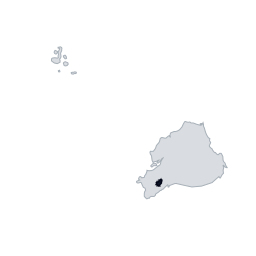 Yacuambi, Zamora Chinchipe, Ecuador (highlighted), rotated 35°
{"feature_id": "8360857B31068945551304", "entity_name": "Yacuambi", "entity_type": "district", "adm_level": 2, "iso_a3": "ECU", "parent_name": "Ecuador", "parent_adm1": "Zamora Chinchipe", "projection": "natural_earth1", "projection_center": [-78.966, -3.587], "detail": "fine", "context": "in_parent", "style": "filled", "palette": "ink", "viewbox_px": 256, "rotation_deg": 35, "n_neighbors": 0, "source": "geoboundaries", "source_scale": "gbopen_adm2", "svg_char_len": 5107}
<svg xmlns="http://www.w3.org/2000/svg" viewBox="0 0 256 256"><g transform="rotate(35 128 128)"><path d="M231.9,103.6L231.2,104.1L229.4,104.3L228.1,103.8L227.5,103.8L227.4,104.3L229.2,105.6L230.1,108.0L231.3,109.4L232.1,110.2L232.2,110.7L231.9,111.6L231.9,112.4L232.3,116.0L232.0,116.2L231.1,116.2L230.3,115.6L228.2,124.5L221.6,133.4L214.1,139.7L205.5,143.3L199.1,145.9L198.1,146.8L195.0,151.3L194.9,151.7L195.3,152.5L195.3,153.0L194.8,153.3L194.4,153.3L194.3,153.1L194.1,152.5L193.7,152.0L193.2,151.8L192.9,152.0L192.9,152.5L192.3,154.9L192.2,156.0L192.0,156.5L192.0,157.6L191.3,158.5L190.9,160.1L190.3,160.6L189.7,163.2L188.7,165.6L188.6,166.5L188.9,167.1L189.0,167.6L188.6,169.1L186.4,170.6L185.8,171.4L185.6,172.2L185.7,172.9L185.6,173.5L184.9,173.7L184.2,175.1L183.6,175.4L182.2,174.9L181.2,174.9L180.4,174.5L178.8,172.1L178.2,170.7L178.1,168.8L176.5,167.5L174.5,167.8L173.9,167.4L172.4,166.6L171.1,165.7L170.1,165.2L169.4,165.4L168.2,167.0L167.0,167.7L166.5,167.6L165.8,167.2L165.7,166.6L167.4,163.9L166.1,163.9L165.7,163.3L165.6,162.6L165.4,161.9L165.7,161.0L166.4,160.5L167.4,160.9L168.1,160.9L168.5,160.1L169.4,159.5L169.6,159.0L169.1,157.7L169.0,157.0L169.1,156.6L169.1,155.1L168.8,154.6L168.8,153.8L168.5,153.4L168.4,152.4L167.8,151.8L169.9,150.9L170.6,150.2L171.6,149.5L172.4,148.4L172.9,147.5L174.2,142.8L175.3,139.9L175.1,138.5L174.2,136.7L173.9,133.9L174.0,133.0L173.9,132.4L173.3,133.6L173.4,137.6L172.8,139.5L172.0,139.9L171.5,139.6L171.8,136.6L171.2,137.2L170.3,139.2L168.7,140.7L168.7,141.2L168.3,141.8L167.1,141.2L166.2,140.6L163.2,137.3L161.2,136.5L160.0,135.4L159.8,134.9L159.7,134.2L160.9,133.5L162.1,132.5L162.2,130.5L162.2,128.8L161.3,126.0L161.7,122.3L161.5,120.9L160.4,117.9L161.2,116.3L164.0,115.2L164.9,114.5L165.5,112.1L166.1,110.6L167.3,111.2L168.3,111.1L167.0,110.6L165.9,108.4L165.8,107.4L167.8,104.4L168.9,103.7L170.2,102.1L171.3,99.7L171.6,96.0L171.1,93.3L170.8,90.4L171.4,89.7L173.1,89.3L174.5,88.4L175.2,87.6L176.8,87.7L178.7,86.4L181.7,85.7L185.9,84.2L186.8,82.9L186.4,80.6L188.0,82.0L188.7,83.1L190.8,84.4L193.4,86.6L195.0,87.7L196.9,88.8L199.5,89.9L201.1,89.7L201.8,91.3L202.4,91.8L203.9,92.4L204.1,92.6L204.7,95.7L205.0,96.2L206.3,96.7L207.9,96.9L208.6,96.8L210.0,97.6L212.2,98.3L213.0,98.4L213.4,98.3L213.5,98.0L214.1,98.0L215.1,98.4L216.5,98.5L217.3,98.1L217.5,96.4L217.8,96.0L218.8,95.4L219.3,95.5L221.9,96.9L222.4,97.4L223.1,98.3L224.3,99.8L225.6,100.7L227.6,101.1L229.6,102.6L231.9,103.6ZM28.6,101.6L29.3,102.6L29.8,105.3L32.3,108.1L32.6,109.7L32.4,110.5L32.5,110.8L33.8,111.9L34.6,113.1L33.2,115.8L30.4,117.0L27.3,117.0L26.7,116.7L25.9,115.6L25.7,114.7L26.2,113.8L27.8,112.4L30.2,111.2L30.5,110.2L29.5,109.3L28.8,107.5L27.3,106.2L26.6,102.3L26.1,102.1L25.0,102.7L24.5,102.2L24.4,102.0L25.5,101.1L25.8,100.4L27.4,100.1L28.1,100.6L28.6,101.6ZM40.5,113.3L39.8,113.4L37.8,111.9L38.0,110.5L38.8,109.6L41.3,109.1L42.4,110.0L42.3,111.7L41.4,112.9L40.7,113.1L40.5,113.3ZM170.2,145.7L170.0,146.3L168.8,146.2L168.4,146.1L168.7,143.4L169.1,142.5L170.0,141.7L170.9,141.3L171.9,141.3L173.1,142.1L171.7,143.5L170.7,143.9L170.2,145.7ZM26.6,108.8L25.3,109.0L24.2,108.5L23.8,107.7L23.7,106.6L23.8,106.2L26.2,105.8L26.9,106.7L26.9,108.2L26.6,108.8ZM52.1,115.4L50.6,116.0L49.8,115.4L49.7,115.1L50.5,114.2L51.3,113.7L52.1,112.6L53.4,112.0L53.8,112.1L54.0,112.4L54.2,112.7L53.7,113.6L52.9,114.1L52.1,115.4ZM37.4,106.9L36.8,107.4L34.4,106.8L33.7,106.0L34.3,104.8L34.8,104.4L36.2,104.8L37.7,106.1L37.4,106.9ZM39.3,121.7L38.8,121.7L38.1,121.1L38.7,120.0L39.7,120.6L39.9,121.0L39.3,121.7ZM185.8,83.6L185.1,83.7L184.7,83.0L185.6,82.1L185.9,82.0L185.8,83.6Z" fill="#d9dde1" stroke="#a8b0b8" stroke-width="1"/><path d="M185.3,151.2L185.2,151.2L185.1,151.3L184.9,151.3L184.7,151.3L184.6,151.5L184.5,151.4L184.5,151.5L184.4,151.5L184.3,151.8L184.2,151.8L184.1,152.0L183.9,152.3L183.8,152.5L183.7,152.6L183.8,152.6L183.9,152.8L184.0,152.9L184.0,153.0L184.0,153.3L183.9,153.4L183.8,153.5L183.8,153.8L183.9,154.0L184.0,154.1L184.0,154.3L184.0,154.5L183.9,154.5L184.0,154.6L183.9,154.7L183.9,154.8L183.9,155.0L183.7,155.2L183.6,155.3L183.4,155.3L183.3,155.5L183.2,155.5L183.3,155.6L183.2,155.7L183.0,155.8L182.8,155.9L182.7,155.8L182.6,156.0L182.7,156.3L182.6,156.5L182.8,156.6L183.0,156.7L183.0,156.8L183.3,157.0L183.2,157.0L183.3,157.2L183.3,157.3L183.3,157.5L183.5,157.7L183.5,157.8L183.6,157.7L183.8,157.7L184.0,157.8L184.1,158.0L184.1,157.9L184.2,158.0L184.3,158.0L184.5,158.0L184.8,158.1L184.9,158.3L185.0,158.3L185.0,158.2L185.2,157.9L185.3,157.9L185.3,158.0L185.4,157.9L185.4,158.0L185.5,157.9L185.7,158.0L185.8,157.9L186.0,157.9L186.3,157.8L186.5,157.9L186.7,157.7L186.8,157.6L186.7,157.6L186.7,157.3L186.7,157.2L186.8,157.1L186.8,156.9L186.8,156.7L186.7,156.7L186.7,156.4L186.5,156.2L186.5,155.9L186.5,155.7L186.7,155.4L186.8,155.3L186.8,155.2L186.8,154.9L186.9,154.7L186.9,154.4L186.9,154.2L186.7,154.2L186.6,153.9L186.6,153.7L186.4,153.7L186.3,153.4L186.3,153.2L186.3,152.9L186.2,152.8L186.1,152.7L186.2,152.4L186.1,152.2L186.0,151.9L185.9,151.9L185.8,151.7L185.7,151.7L185.5,151.4L185.4,151.3L185.4,151.2L185.3,151.2Z" fill="#0f172a" stroke="#020617" stroke-width="1.5"/></g></svg>